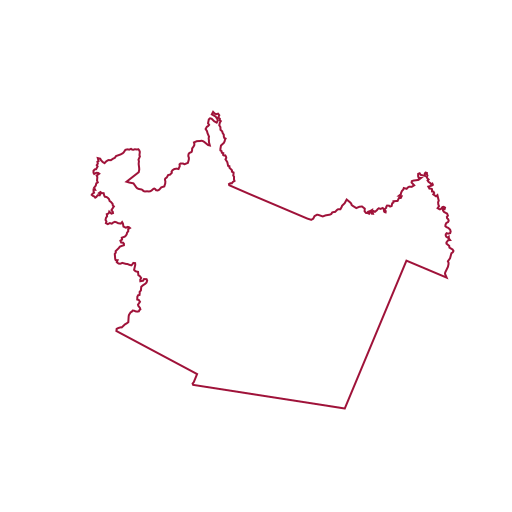 Itapuã do Oeste, Rondônia, Brazil (Mercator projection), rotated 23°
{"feature_id": "56859067B5479725991078", "entity_name": "Itapuã do Oeste", "entity_type": "district", "adm_level": 2, "iso_a3": "BRA", "parent_name": "Brazil", "parent_adm1": "Rondônia", "projection": "mercator", "projection_center": [-63.164, -9.133], "detail": "fine", "context": "isolated", "style": "outline", "palette": "rose", "viewbox_px": 512, "rotation_deg": 23, "n_neighbors": 0, "source": "geoboundaries", "source_scale": "gbopen_adm2", "svg_char_len": 6105}
<svg xmlns="http://www.w3.org/2000/svg" viewBox="0 0 512 512"><g transform="rotate(23 256 256)"><path d="M248.5,399.2L397.3,361.7L396.3,201.5L439.9,201.4L436.9,198.5L436.6,197.2L436.9,190.9L436.4,188.3L435.9,187.0L434.7,185.9L435.5,182.3L434.8,177.1L435.7,175.7L435.8,174.2L434.4,173.2L430.8,172.7L429.9,171.2L426.5,170.2L426.0,169.1L426.7,166.4L428.4,165.5L426.7,164.5L425.9,163.0L425.3,164.2L423.6,163.9L422.7,163.1L422.2,161.9L422.6,160.5L424.1,160.4L425.8,159.1L425.6,157.4L424.4,155.9L422.0,155.0L420.0,155.0L418.6,154.5L418.2,153.0L418.3,151.3L419.5,149.7L419.6,148.3L418.5,147.0L417.2,146.6L416.4,145.4L416.9,143.9L415.4,142.3L411.9,142.0L410.4,141.1L409.8,139.6L411.3,139.2L411.1,137.6L409.5,137.4L408.5,138.1L407.8,140.6L406.8,141.3L404.5,141.0L405.0,138.6L403.7,137.4L402.6,135.3L402.6,133.7L399.2,129.1L398.4,130.7L395.1,130.0L395.4,128.4L394.2,127.4L392.8,127.8L391.9,125.7L390.5,125.7L389.3,126.2L387.5,124.8L390.3,122.5L391.0,121.4L390.0,120.4L389.1,121.5L387.7,120.7L385.9,120.4L384.4,119.4L385.0,118.2L383.4,117.5L382.3,116.7L382.4,115.0L381.3,113.9L380.9,112.8L379.5,112.9L379.1,114.1L380.2,116.2L375.9,117.0L374.3,115.9L373.2,117.0L374.0,119.1L375.2,120.5L377.4,119.7L375.8,122.5L371.4,125.1L370.2,126.2L370.5,127.6L374.0,129.1L372.3,131.5L370.0,132.3L369.0,133.6L368.4,135.3L365.5,135.7L365.6,137.3L364.9,139.2L364.9,141.4L365.2,142.6L364.0,144.8L366.7,144.1L366.6,146.0L364.9,146.8L364.8,150.0L361.1,151.9L361.6,153.1L360.8,154.3L361.3,157.0L360.1,158.1L358.8,157.7L356.9,158.4L356.7,159.6L357.0,160.8L355.9,163.3L353.9,162.3L352.2,164.0L350.4,164.1L349.7,165.3L349.4,166.6L348.2,168.9L346.7,168.6L346.2,170.2L347.2,171.4L346.0,171.8L345.0,170.5L344.7,168.5L343.8,169.7L342.2,171.2L343.7,171.7L343.6,172.9L342.2,172.8L340.4,173.4L338.5,172.4L337.6,169.9L334.2,169.0L331.9,170.3L329.6,172.7L325.2,172.0L324.0,171.6L323.1,170.5L321.5,169.8L317.4,168.6L317.0,172.8L315.6,176.1L315.7,177.3L315.4,180.0L313.3,180.9L312.6,181.9L311.6,184.5L310.0,185.4L309.1,186.2L308.9,187.9L307.8,189.1L304.2,191.4L302.0,193.5L297.5,193.8L296.1,194.1L294.3,196.4L294.1,199.3L292.7,201.1L288.7,201.5L225.0,201.5L203.7,201.3L203.0,200.3L203.9,199.1L205.3,198.6L205.8,196.8L206.9,195.3L205.8,194.1L204.8,191.6L203.6,190.8L203.3,189.4L202.7,187.9L200.9,187.8L200.4,186.5L197.1,185.1L196.4,183.7L195.1,183.9L192.9,180.8L190.1,178.9L190.3,177.3L189.6,176.3L188.4,175.4L187.4,176.0L186.2,175.8L185.7,174.1L184.2,174.3L183.3,172.9L182.0,172.7L181.4,171.4L180.6,168.0L182.2,164.4L182.3,162.6L182.0,161.1L182.1,159.8L180.6,159.7L179.7,158.6L178.9,156.9L177.3,155.9L176.2,154.5L174.0,153.7L172.9,151.3L171.1,150.0L170.6,147.2L170.9,145.6L169.5,145.2L169.2,143.9L167.1,143.1L167.2,140.8L165.5,139.8L163.9,141.0L162.2,141.0L160.2,140.1L160.0,142.9L164.3,143.4L166.8,145.0L167.6,145.9L167.9,147.2L167.7,148.6L164.8,148.3L161.6,147.0L159.9,147.2L159.2,148.7L160.0,152.6L161.6,153.6L161.1,155.2L160.3,156.2L160.0,158.8L162.1,160.2L163.4,161.9L166.1,164.5L166.4,166.1L167.5,168.0L168.2,169.6L170.3,172.3L168.5,172.6L163.7,171.2L162.2,171.0L160.8,171.2L159.6,172.0L156.7,173.4L154.5,175.7L155.5,176.9L155.9,178.3L155.7,179.9L155.2,181.9L156.0,184.1L156.0,185.5L154.4,187.2L154.1,188.6L154.6,190.4L155.9,191.9L156.5,193.6L156.9,196.9L154.3,199.5L152.7,199.4L150.3,200.4L149.8,201.5L150.7,203.1L150.7,206.2L148.8,206.6L146.8,207.9L145.6,209.7L145.3,211.3L146.0,212.3L145.1,214.7L143.5,215.8L143.2,218.5L142.2,220.2L142.4,221.4L143.4,222.7L144.1,224.7L144.4,227.8L142.0,229.8L141.0,232.8L139.9,234.1L138.3,234.5L137.2,233.8L135.9,233.7L135.1,234.7L134.3,236.5L133.4,237.7L132.1,238.5L130.4,239.0L128.6,240.0L127.0,240.2L125.8,239.6L124.6,239.5L121.9,240.1L120.3,240.1L119.0,239.6L114.8,237.0L110.6,237.9L107.8,238.2L115.3,224.7L114.8,222.2L114.1,220.7L112.0,217.1L111.2,214.5L110.2,213.3L110.2,209.7L109.3,208.7L108.4,205.6L107.3,204.4L106.0,203.7L104.8,204.5L102.7,205.1L101.8,206.0L100.5,206.5L99.1,206.2L97.8,207.6L95.9,208.1L94.3,209.3L93.7,212.4L93.2,213.5L91.7,215.4L88.1,218.7L87.7,220.8L86.3,222.4L85.0,224.5L82.6,225.4L81.2,227.3L80.3,229.7L78.2,229.4L75.9,228.4L74.6,227.3L72.1,227.7L74.0,230.2L73.2,231.2L74.3,232.8L73.9,234.6L75.2,235.4L74.9,238.6L73.7,239.3L73.1,241.0L73.9,242.9L75.0,243.7L76.5,241.8L78.2,241.2L79.5,241.5L77.9,244.2L79.1,245.3L80.2,248.7L81.6,250.1L80.6,251.5L81.0,253.8L80.3,256.4L82.0,257.9L80.5,258.3L81.1,259.8L82.2,261.0L81.2,262.5L80.9,263.9L82.5,264.4L84.0,264.4L85.2,265.1L85.9,264.2L86.5,261.9L88.4,261.2L88.5,259.6L86.9,259.4L87.8,257.9L89.4,258.4L91.2,257.7L92.6,259.6L93.7,260.5L95.4,260.1L96.9,260.4L98.5,261.1L99.8,262.6L101.3,262.9L103.6,264.0L104.5,265.5L105.8,265.9L105.0,270.2L106.9,271.3L107.6,272.4L106.4,273.5L103.6,272.5L103.8,273.7L103.3,274.9L102.3,275.8L103.4,277.6L103.0,279.5L103.4,281.6L104.8,282.6L105.0,284.4L107.1,284.6L108.6,282.8L110.6,282.6L111.4,281.1L112.7,279.7L114.4,279.5L116.2,279.7L118.9,279.0L119.5,277.1L120.8,278.1L122.5,280.7L125.2,280.8L126.4,279.4L127.6,279.1L129.0,279.5L127.8,281.2L128.7,283.1L128.2,285.0L128.5,286.6L128.2,288.2L127.6,289.5L125.3,291.6L126.3,293.2L125.2,294.9L126.6,296.3L128.5,295.7L129.7,296.4L130.2,297.7L129.0,298.7L127.0,300.6L126.6,302.3L124.9,306.4L125.6,307.7L125.2,309.3L127.6,313.8L128.5,314.7L130.2,314.0L130.3,316.1L131.6,316.5L132.8,316.6L134.3,316.0L135.6,314.6L139.4,314.1L140.8,313.6L142.9,313.6L144.9,313.3L145.4,312.2L145.8,310.3L147.5,309.8L148.3,311.3L149.2,316.4L150.3,316.9L151.6,317.1L153.6,316.7L155.2,319.6L157.1,320.0L158.9,321.1L158.7,323.0L159.4,324.4L161.7,322.9L161.9,321.0L164.3,320.1L165.4,321.1L165.6,323.2L165.0,324.7L163.4,327.1L162.4,329.1L163.5,332.7L162.9,334.5L163.5,335.7L164.0,337.4L162.8,338.2L162.7,339.9L163.7,342.5L165.3,342.3L167.1,343.5L166.4,346.9L167.2,347.9L169.4,349.1L170.4,350.3L169.8,351.4L169.8,352.7L168.6,353.5L167.0,354.0L165.2,354.0L163.8,354.4L163.4,355.9L162.6,356.8L162.1,359.8L162.3,361.1L164.3,366.8L163.4,368.4L162.1,370.1L160.3,374.2L159.2,374.6L157.5,376.0L156.2,377.5L156.8,379.6L247.9,387.7L248.0,396.5L247.5,398.2L248.5,399.2ZM355.9,163.3L357.9,164.0L358.2,165.2L357.1,165.3L356.1,164.5L355.9,163.3Z" fill="none" stroke="#9f1239" stroke-width="2"/></g></svg>